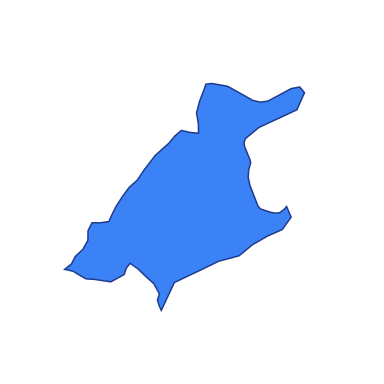 the District of Kəlbəcər, rotated 146°
{"feature_id": "AZE-1682", "entity_name": "Kəlbəcər", "entity_type": "District", "adm_level": 1, "iso_a3": "AZE", "parent_name": "Azerbaijan", "parent_adm1": "", "projection": "natural_earth1", "projection_center": [46.186, 40.056], "detail": "fine", "context": "isolated", "style": "filled", "palette": "blue", "viewbox_px": 384, "rotation_deg": 146, "n_neighbors": 0, "source": "natural_earth", "source_scale": "10m", "svg_char_len": 1171}
<svg xmlns="http://www.w3.org/2000/svg" viewBox="0 0 384 384"><g transform="rotate(146 192 192)"><path d="M100.4,208.1L117.9,206.4L121.3,203.7L123.0,200.3L126.0,185.9L126.9,183.5L132.5,178.8L137.3,172.6L140.3,164.9L144.9,144.7L145.1,142.8L144.9,141.0L144.4,139.2L138.0,131.0L134.4,127.6L130.8,125.8L125.3,126.1L121.7,127.1L123.9,115.7L138.1,110.4L153.8,113.2L171.2,114.5L188.7,112.8L208.3,119.6L229.3,122.6L239.0,124.1L257.3,126.8L283.7,111.0L282.7,116.6L281.0,121.8L278.5,123.7L276.0,125.9L274.9,137.3L277.7,148.5L279.9,158.8L283.2,167.5L288.9,165.7L294.4,161.5L309.5,162.9L322.1,174.4L328.5,179.3L331.6,185.7L333.5,189.7L334.8,192.7L340.8,199.1L332.1,199.8L330.1,200.9L324.8,203.8L314.5,205.5L305.3,210.2L299.8,218.1L292.0,222.4L285.2,217.7L277.5,214.0L270.6,218.2L264.7,221.6L262.8,222.6L252.3,227.1L241.7,230.9L230.5,232.5L219.6,237.0L202.0,242.9L183.8,245.4L175.0,248.0L166.4,249.0L160.1,242.3L153.7,237.1L148.7,244.8L143.9,255.2L134.7,263.2L125.0,270.0L120.2,273.6L114.9,270.9L103.6,260.0L101.6,256.3L90.4,234.0L85.0,228.2L78.1,224.9L52.0,222.3L44.0,218.8L43.5,214.5L43.2,211.4L59.1,201.5L100.4,208.1Z" fill="#3b82f6" stroke="#1e3a8a" stroke-width="1.5"/></g></svg>